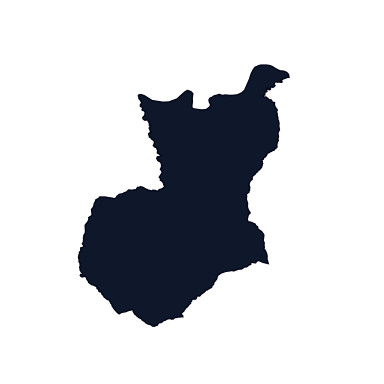 the district of San Juan De Rio Seco, Cundinamarca, Colombia, rotated 66°
{"feature_id": "7082276B56983029747572", "entity_name": "San Juan De Rio Seco", "entity_type": "district", "adm_level": 2, "iso_a3": "COL", "parent_name": "Colombia", "parent_adm1": "Cundinamarca", "projection": "orthographic", "projection_center": [-74.668, 4.851], "detail": "fine", "context": "isolated", "style": "filled", "palette": "ink", "viewbox_px": 384, "rotation_deg": 66, "n_neighbors": 0, "source": "geoboundaries", "source_scale": "gbopen_adm2", "svg_char_len": 6064}
<svg xmlns="http://www.w3.org/2000/svg" viewBox="0 0 384 384"><g transform="rotate(66 192 192)"><path d="M273.6,308.1L273.3,305.4L274.3,301.2L274.4,298.2L275.3,293.9L275.7,293.5L277.0,294.2L279.2,294.0L279.8,293.6L280.5,293.9L281.8,292.9L283.0,292.7L283.3,292.2L284.7,291.9L287.3,289.7L288.9,289.4L291.3,287.7L292.6,287.4L294.5,286.0L296.3,283.7L298.6,282.4L299.4,280.5L299.0,279.8L299.4,278.7L299.4,277.5L299.0,277.2L298.5,277.4L298.0,275.7L298.0,275.1L298.4,274.5L298.3,273.8L298.6,273.3L298.3,272.5L298.5,271.8L297.8,270.8L298.2,268.9L297.9,266.7L298.2,264.4L299.4,262.5L299.7,262.3L299.5,262.0L299.8,261.9L300.3,260.7L299.9,259.7L299.8,257.7L300.5,256.7L300.5,255.0L301.3,254.0L301.3,252.9L302.2,251.2L301.0,250.9L300.4,251.4L299.3,251.5L298.8,251.5L298.4,251.0L297.7,249.3L297.6,248.2L297.0,247.9L296.6,246.7L295.4,245.2L295.2,243.8L294.3,241.6L293.6,240.7L293.1,238.7L291.7,237.8L291.3,236.6L290.0,236.3L290.0,235.5L291.2,232.2L290.9,231.5L289.3,230.0L289.0,229.1L289.1,228.6L289.9,228.0L290.0,227.1L289.0,225.0L288.3,221.4L287.9,220.8L287.9,220.2L287.2,219.5L287.6,217.8L287.3,216.8L287.0,213.0L285.6,211.5L285.2,210.1L283.5,208.8L281.5,204.9L279.5,203.4L278.5,202.2L277.8,198.2L278.2,193.4L279.5,189.1L279.5,188.2L281.0,185.8L281.3,181.0L282.4,178.2L281.8,174.4L282.5,172.6L282.2,171.0L281.7,170.0L282.0,167.9L280.7,167.1L280.1,166.1L281.4,164.7L282.5,162.7L281.5,161.0L281.5,159.7L281.8,158.7L284.9,155.9L288.3,151.5L283.5,150.8L281.1,149.5L278.9,149.0L274.9,148.9L273.8,149.6L273.1,149.4L272.1,148.6L269.3,147.7L268.0,146.8L265.6,146.8L264.7,146.5L263.0,145.3L262.2,145.1L261.3,144.2L259.8,143.9L256.4,144.6L252.6,146.9L250.3,146.3L248.6,147.5L247.0,147.5L243.6,150.5L242.2,152.8L239.6,152.9L236.3,150.4L235.6,149.7L234.7,147.4L231.7,147.8L228.8,147.7L226.2,146.7L225.3,146.0L220.7,145.4L218.1,143.9L216.7,143.5L215.6,142.5L215.3,140.1L214.4,139.7L213.6,138.6L212.0,138.1L211.1,137.3L210.1,137.6L209.1,137.0L208.1,136.8L206.2,135.2L205.2,133.4L204.9,131.9L202.7,131.1L201.8,129.3L201.5,127.4L200.6,126.3L200.0,123.8L198.9,122.9L199.2,121.7L198.5,120.8L198.6,120.0L198.0,119.6L197.9,118.7L194.6,115.9L193.8,115.9L192.8,115.4L192.2,115.5L191.0,115.0L191.0,113.5L189.9,113.0L189.8,111.3L188.9,109.2L187.9,108.8L187.8,107.8L187.2,107.0L187.3,105.1L186.8,103.9L187.2,102.8L186.6,101.4L187.0,100.7L187.1,100.0L186.4,99.0L185.8,96.7L185.5,96.1L183.6,95.5L181.4,94.0L180.0,92.3L178.2,91.9L176.7,90.6L172.9,89.5L170.6,86.8L167.9,86.2L166.2,85.6L165.1,84.8L162.3,84.1L160.7,84.2L159.1,83.4L157.3,83.2L155.0,82.4L153.5,82.3L152.6,81.9L151.8,80.8L151.1,80.8L150.2,81.3L149.2,81.2L147.8,81.6L145.6,81.2L143.9,80.3L142.8,82.0L140.1,82.3L139.1,84.1L137.5,84.6L135.2,86.0L134.7,87.9L133.2,87.9L132.7,86.9L132.9,86.1L131.5,85.4L130.2,84.3L130.2,83.7L130.7,83.2L130.7,82.8L128.5,82.2L127.7,81.4L127.8,80.8L129.1,80.7L130.1,79.6L130.0,78.6L128.6,77.9L128.1,77.4L128.4,76.5L129.2,75.8L129.1,74.1L128.4,72.9L127.6,73.3L126.4,73.0L125.2,70.9L125.2,70.2L126.3,69.5L126.7,68.0L128.3,65.4L128.0,65.0L127.2,64.8L126.2,65.4L125.8,65.0L125.8,61.7L126.1,58.0L126.6,56.8L123.8,56.1L121.3,56.9L119.0,59.0L117.3,62.1L116.2,63.2L112.7,66.0L110.3,67.5L108.3,69.4L106.5,72.2L104.1,77.6L103.8,79.6L103.8,83.9L105.5,86.6L108.3,90.0L112.4,93.6L120.4,102.4L121.7,106.0L121.8,110.8L120.4,115.3L119.2,118.2L116.9,122.3L116.3,125.0L114.3,127.0L113.8,128.1L113.8,129.7L113.2,132.4L113.7,135.1L113.6,137.4L114.8,139.0L116.8,139.5L120.0,139.4L121.5,141.0L122.4,144.7L122.4,146.1L120.9,150.1L116.6,157.0L115.6,157.7L113.6,157.4L109.7,155.0L106.6,153.8L102.4,151.3L99.8,152.3L97.5,154.7L97.5,156.6L97.9,158.4L101.0,167.9L100.5,176.3L98.3,182.0L92.3,191.3L84.7,196.4L82.6,198.6L81.9,199.9L81.8,201.0L82.2,201.8L83.8,201.9L85.0,202.4L87.6,201.7L89.6,201.6L90.4,202.1L91.4,203.7L92.9,204.2L94.1,203.0L94.6,202.8L95.9,203.3L96.5,204.1L97.1,204.1L98.5,202.5L100.1,202.3L102.8,203.9L104.0,206.7L104.7,206.8L105.9,206.7L107.2,205.8L108.0,203.2L112.3,203.0L113.6,203.7L114.0,202.9L114.4,202.8L115.2,203.4L115.6,204.5L116.4,205.1L117.8,205.0L120.2,205.4L120.9,205.2L120.8,206.9L121.1,207.7L121.9,208.2L123.4,208.1L124.5,208.5L125.6,207.5L127.0,207.4L129.9,205.7L132.1,206.4L133.9,208.4L135.8,207.7L136.7,206.2L138.1,206.5L139.7,206.2L142.2,207.7L142.8,207.5L143.4,206.7L146.1,205.7L146.8,207.2L145.9,208.7L145.9,209.4L146.9,210.5L149.5,210.3L150.8,209.4L151.6,208.4L154.1,208.5L155.6,209.0L157.1,209.9L158.3,211.5L161.0,211.0L162.4,211.6L165.2,215.8L167.0,215.2L168.4,216.0L170.1,214.8L171.9,214.4L174.0,214.8L175.5,214.6L176.1,214.8L177.0,217.8L176.6,220.9L177.5,222.9L176.6,224.0L176.7,224.8L175.6,225.0L175.3,226.1L174.5,226.8L174.8,228.6L173.4,229.9L173.0,231.1L171.6,231.8L170.9,232.8L167.4,235.3L166.2,237.2L166.3,238.5L165.7,239.9L166.8,241.4L167.3,242.5L166.5,243.9L166.5,244.9L165.8,246.7L164.4,249.1L165.5,251.9L165.2,253.5L165.4,256.5L164.7,258.7L164.7,259.8L165.4,261.7L165.4,262.4L166.5,263.1L166.6,265.1L166.2,266.5L165.4,267.1L165.3,267.7L164.2,268.8L163.7,270.1L161.6,272.9L159.2,278.0L159.2,278.7L159.8,279.3L160.0,280.1L160.1,283.0L161.4,284.0L162.9,286.0L164.1,286.7L165.9,288.4L167.1,290.8L172.5,292.6L173.2,294.6L173.1,295.3L173.5,296.8L174.8,297.1L176.2,298.3L177.3,299.9L178.6,302.6L179.3,303.2L184.6,305.2L186.4,306.4L187.6,308.4L189.1,309.0L189.6,309.7L191.7,310.4L192.1,310.8L193.3,311.3L194.7,313.1L197.5,312.6L198.3,314.5L197.8,316.2L199.1,317.0L200.6,317.3L201.2,319.2L203.1,320.2L203.6,320.9L205.7,322.3L208.5,322.7L209.1,323.3L210.3,323.5L211.5,322.9L212.1,323.6L213.4,323.7L215.3,325.3L216.4,325.3L217.8,325.9L220.5,325.6L221.0,325.2L222.1,324.9L222.8,326.2L222.1,327.1L222.7,327.9L223.5,327.9L224.9,326.9L225.3,324.5L226.2,323.4L227.6,323.2L229.2,323.5L229.6,323.1L230.3,323.2L231.3,322.8L232.5,323.2L235.9,321.2L236.6,320.1L239.5,317.6L240.2,317.4L241.0,317.9L241.9,317.8L242.4,317.3L243.6,317.0L244.6,317.4L245.6,316.9L245.8,316.1L246.4,315.7L247.2,315.5L248.9,315.7L250.0,315.1L252.0,314.9L255.8,313.0L256.2,312.1L256.8,311.7L259.2,311.3L260.6,311.4L261.8,310.8L263.2,311.2L267.3,310.6L271.6,309.2L273.6,308.1Z" fill="#0f172a" stroke="#020617" stroke-width="1.5"/></g></svg>